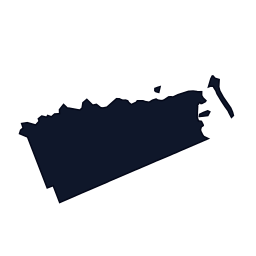 Mobile, Alabama, United States of America (Natural Earth projection), rotated 249°
{"feature_id": "52423323B65626355292212", "entity_name": "Mobile", "entity_type": "district", "adm_level": 2, "iso_a3": "USA", "parent_name": "United States of America", "parent_adm1": "Alabama", "projection": "natural_earth1", "projection_center": [-88.164, 30.697], "detail": "fine", "context": "isolated", "style": "filled", "palette": "ink", "viewbox_px": 256, "rotation_deg": 249, "n_neighbors": 0, "source": "geoboundaries", "source_scale": "gbopen_adm2", "svg_char_len": 1830}
<svg xmlns="http://www.w3.org/2000/svg" viewBox="0 0 256 256"><g transform="rotate(249 128 128)"><path d="M164.5,27.0L161.6,24.7L155.6,31.0L150.7,31.0L101.0,31.1L101.0,37.5L82.9,37.5L84.0,62.1L84.0,62.3L84.0,62.7L84.6,78.6L85.0,89.4L85.2,91.3L86.3,119.7L86.3,120.5L86.3,120.8L86.4,124.6L86.5,126.0L86.8,134.2L87.1,141.1L87.2,142.3L87.2,144.2L87.4,151.4L87.6,157.8L87.8,161.1L87.8,161.4L87.8,163.7L88.1,168.5L89.3,199.2L93.0,195.7L94.9,195.2L98.9,194.8L100.5,195.1L102.8,196.8L103.3,199.1L104.2,199.3L107.9,198.9L109.4,196.3L113.3,196.4L123.3,200.8L124.1,200.7L126.1,203.8L126.1,204.5L124.7,204.8L124.4,205.8L124.9,209.7L125.6,210.6L129.1,208.9L132.0,208.4L135.5,209.8L136.9,205.9L137.5,205.2L139.2,202.0L140.6,197.5L141.2,186.6L140.8,181.1L141.8,179.3L142.5,177.1L141.4,172.4L141.2,170.6L141.7,168.7L143.5,165.7L145.0,164.6L145.2,160.8L144.5,157.1L144.7,156.6L146.4,153.7L148.1,151.7L150.1,146.4L149.1,145.0L148.7,139.4L151.8,137.7L153.5,137.5L154.9,135.8L155.8,133.1L157.5,131.1L158.2,130.7L159.5,127.8L155.0,115.8L155.7,111.8L156.7,109.8L161.4,107.0L162.0,103.2L169.5,99.8L167.8,95.0L163.1,92.3L162.0,89.4L167.8,79.9L168.2,78.6L173.1,76.3L169.7,70.6L165.9,69.3L167.4,64.5L165.9,60.5L168.5,57.5L167.2,55.9L170.1,51.8L168.8,47.6L166.2,47.5L163.9,42.9L169.1,35.9L170.3,30.3L165.6,30.1L164.5,27.0ZM100.8,228.4L101.9,230.9L105.3,231.3L109.9,231.1L122.7,228.0L130.0,227.0L133.9,227.5L140.6,230.5L143.2,227.1L145.7,226.2L146.2,226.0L146.4,225.3L144.3,223.0L137.5,217.8L137.5,220.0L136.4,222.5L134.1,222.8L131.4,223.4L128.0,223.4L119.5,224.9L113.1,226.3L108.3,227.6L105.5,227.8L100.8,228.4ZM112.1,202.6L111.0,207.0L113.8,210.2L115.5,208.6L115.5,204.1L115.1,199.7L113.2,198.6L112.1,202.6ZM151.9,167.1L150.2,169.5L155.1,172.8L155.3,170.2L155.3,167.3L153.2,166.4L151.9,167.1Z" fill="#0f172a" stroke="#020617" stroke-width="1.5"/></g></svg>